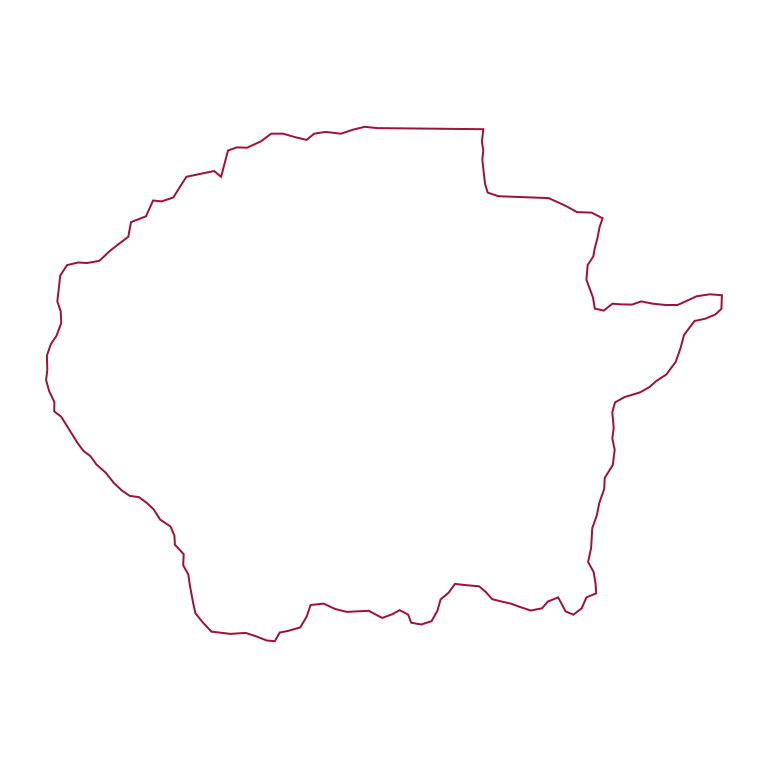 outline of Alto Alegre, São Paulo, Brazil
{"feature_id": "56859067B22861032704344", "entity_name": "Alto Alegre", "entity_type": "district", "adm_level": 2, "iso_a3": "BRA", "parent_name": "Brazil", "parent_adm1": "São Paulo", "projection": "albers", "projection_center": [-50.184, -21.614], "detail": "fine", "context": "isolated", "style": "outline", "palette": "rose", "viewbox_px": 768, "rotation_deg": 0, "n_neighbors": 0, "source": "geoboundaries", "source_scale": "gbopen_adm2", "svg_char_len": 2156}
<svg xmlns="http://www.w3.org/2000/svg" viewBox="0 0 768 768"><path d="M721.9,295.2L709.8,294.3L696.6,296.3L677.6,305.0L665.8,305.0L652.8,303.7L641.1,301.4L632.0,304.6L621.5,304.4L612.4,303.7L603.8,310.6L594.8,308.6L593.0,297.5L586.4,279.7L587.7,265.0L593.3,256.4L594.8,248.1L597.4,238.3L599.6,227.0L602.6,218.3L591.6,212.6L576.9,212.1L566.1,206.1L548.7,198.1L498.3,196.2L487.7,192.6L485.0,183.7L483.6,171.2L482.3,159.5L483.3,150.4L481.9,141.7L483.3,129.2L377.0,128.1L364.8,126.8L353.6,129.5L340.9,133.7L325.7,131.9L314.1,133.7L306.6,139.9L294.4,137.0L283.3,133.7L271.1,133.7L261.1,141.2L247.1,147.7L236.8,147.4L228.0,150.5L221.1,176.8L214.1,171.0L202.1,173.5L186.4,176.8L179.5,187.6L173.4,197.4L161.7,201.4L153.1,200.5L146.0,216.3L131.0,222.1L128.3,236.8L119.2,243.6L110.0,250.8L99.4,260.8L87.2,263.0L78.1,262.5L67.1,265.1L60.2,275.6L59.0,286.9L57.3,301.4L60.7,311.2L61.2,323.2L56.5,335.8L50.8,344.3L46.9,355.6L47.3,369.9L46.1,380.1L49.1,391.0L54.4,402.1L54.2,411.4L61.1,416.6L68.6,428.6L77.7,443.2L83.5,451.0L90.4,456.1L96.5,464.6L105.6,472.6L113.7,482.8L122.0,490.6L129.8,495.9L138.9,497.1L147.2,503.3L153.6,509.3L160.2,519.6L170.5,526.5L174.4,535.5L174.9,544.7L183.7,554.2L183.2,565.3L188.3,574.5L190.1,586.7L193.2,603.1L195.4,613.2L202.7,622.3L211.4,631.6L230.4,633.9L245.6,632.9L256.0,636.3L266.8,640.5L274.8,641.2L279.8,632.5L287.6,631.0L300.3,627.4L306.7,616.5L310.6,605.0L323.6,603.6L335.2,609.0L346.7,611.9L356.2,611.4L368.7,610.8L382.2,617.9L392.2,614.3L399.6,610.1L408.2,614.7L411.2,622.7L421.2,624.5L431.5,621.2L437.3,611.0L440.6,599.4L448.6,592.7L455.0,583.9L466.6,585.2L479.1,586.3L485.7,591.9L492.3,599.2L502.6,601.8L510.9,603.6L519.2,606.7L530.8,610.5L542.1,608.3L547.7,601.6L558.2,597.4L565.6,611.4L573.4,614.7L581.7,608.3L586.4,597.4L596.2,593.3L595.5,583.1L593.7,572.2L588.1,562.0L591.1,548.0L592.3,528.0L596.7,515.8L599.3,502.9L604.2,488.9L604.7,478.0L612.8,464.9L614.7,449.7L612.3,438.4L613.7,428.2L612.3,412.2L615.0,402.4L624.7,397.0L640.2,392.3L649.2,387.2L656.3,381.0L666.3,374.5L675.7,361.9L680.6,347.9L684.0,335.0L694.5,321.0L705.3,318.7L715.3,314.5L721.4,308.9L721.9,295.2Z" fill="none" stroke="#9f1239" stroke-width="2"/></svg>